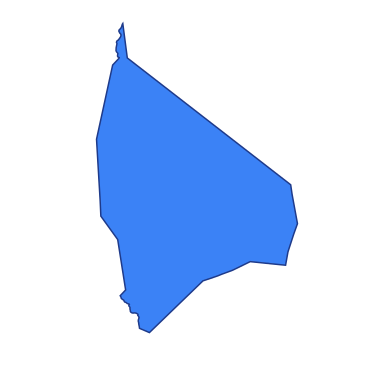 the district of San Pedro Jaltepetongo, Oaxaca, Mexico, rotated 284°
{"feature_id": "50627088B194314119844", "entity_name": "San Pedro Jaltepetongo", "entity_type": "district", "adm_level": 2, "iso_a3": "MEX", "parent_name": "Mexico", "parent_adm1": "Oaxaca", "projection": "orthographic", "projection_center": [-97.045, 17.683], "detail": "fine", "context": "isolated", "style": "filled", "palette": "blue", "viewbox_px": 384, "rotation_deg": 284, "n_neighbors": 0, "source": "geoboundaries", "source_scale": "gbopen_adm2", "svg_char_len": 1586}
<svg xmlns="http://www.w3.org/2000/svg" viewBox="0 0 384 384"><g transform="rotate(284 192 192)"><path d="M338.7,84.1L337.9,83.8L335.4,83.7L333.7,83.3L331.4,82.0L330.9,82.1L330.4,82.1L328.8,83.4L328.0,84.6L327.3,85.1L326.7,85.2L326.1,85.2L325.1,85.1L321.5,83.7L321.1,83.1L320.7,82.8L319.7,82.5L318.9,82.5L317.8,83.3L313.7,83.5L310.7,84.1L309.8,84.8L308.6,86.5L305.9,86.8L305.1,87.5L304.8,88.8L303.9,88.7L296.0,84.3L220.1,86.6L191.3,95.6L161.3,105.0L146.5,109.4L127.9,131.4L80.9,151.3L74.0,147.4L72.7,148.6L71.7,149.1L71.2,150.0L70.9,150.7L70.8,151.2L70.5,151.9L70.1,152.3L69.5,152.7L69.3,152.9L69.1,153.2L68.9,153.6L68.9,154.1L68.8,154.9L68.5,155.5L68.1,156.1L68.1,156.5L68.1,157.2L68.1,157.8L68.1,158.0L67.8,158.3L67.7,158.2L67.4,158.1L66.8,158.1L66.5,158.3L65.9,158.6L65.6,159.1L65.2,159.6L64.8,159.8L64.3,160.0L63.7,160.0L63.4,160.1L63.1,160.3L62.6,160.6L61.7,160.9L61.2,161.1L60.7,161.6L60.5,162.2L60.2,162.9L60.2,163.5L60.3,164.1L60.5,164.8L60.8,165.5L60.9,166.2L60.9,167.1L60.7,168.0L60.5,168.6L60.3,169.1L60.1,169.2L59.8,169.3L59.3,169.2L59.1,169.3L58.9,169.6L58.7,169.9L58.3,170.3L57.9,170.6L57.6,170.9L57.1,170.9L56.4,171.0L56.0,171.0L55.6,170.9L54.9,170.9L54.1,171.0L53.2,171.3L52.7,171.6L52.2,171.9L52.0,172.0L51.4,172.1L50.9,172.4L50.2,172.6L49.6,173.0L48.6,173.4L47.7,173.8L47.1,174.0L46.9,174.7L45.3,184.7L108.4,224.1L116.8,237.2L119.3,240.6L125.9,250.3L138.5,265.3L139.4,271.4L140.9,282.0L141.1,282.8L141.3,284.8L143.6,300.5L157.1,299.6L175.8,300.9L186.8,302.0L213.9,289.7L222.9,286.0L306.4,96.8L338.7,84.1Z" fill="#3b82f6" stroke="#1e3a8a" stroke-width="1.5"/></g></svg>